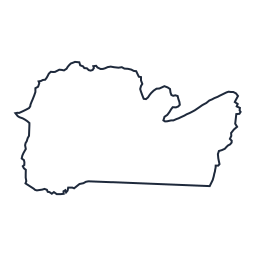 outline of São Luiz do Norte, Goiás, Brazil
{"feature_id": "56859067B41949017144878", "entity_name": "São Luiz do Norte", "entity_type": "district", "adm_level": 2, "iso_a3": "BRA", "parent_name": "Brazil", "parent_adm1": "Goiás", "projection": "mercator", "projection_center": [-49.272, -14.909], "detail": "fine", "context": "isolated", "style": "outline", "palette": "slate", "viewbox_px": 256, "rotation_deg": 0, "n_neighbors": 0, "source": "geoboundaries", "source_scale": "gbopen_adm2", "svg_char_len": 2500}
<svg xmlns="http://www.w3.org/2000/svg" viewBox="0 0 256 256"><path d="M209.7,186.1L212.7,180.0L213.7,176.5L214.3,173.6L214.9,171.6L215.2,169.5L215.6,167.7L215.7,165.6L218.3,165.6L219.5,164.1L218.7,160.4L218.3,158.3L217.9,154.1L218.9,151.0L221.9,150.1L224.8,148.8L226.6,146.8L228.1,145.4L230.1,144.4L231.6,142.6L231.7,140.7L229.9,138.9L231.3,135.9L231.1,133.0L233.9,129.5L237.1,126.8L235.2,123.7L235.7,119.4L236.3,114.1L239.4,113.8L240.6,111.9L239.6,110.4L239.9,107.9L236.7,106.4L237.7,104.0L234.8,102.0L235.7,100.2L238.0,96.0L236.0,93.4L233.3,92.0L230.9,92.0L228.6,91.7L226.5,92.4L219.5,95.8L217.7,96.8L214.4,98.1L212.0,99.4L209.3,100.5L206.3,103.0L204.0,104.2L202.2,105.2L199.5,107.1L194.8,110.3L192.6,111.5L189.7,113.0L186.6,114.3L184.4,115.6L181.1,117.1L178.6,118.3L176.6,119.0L173.4,120.4L171.1,120.4L167.1,121.3L165.0,121.4L163.4,120.4L164.5,116.8L167.3,114.9L169.4,112.1L171.1,109.3L172.7,107.2L175.9,107.4L178.2,106.5L179.8,104.8L179.4,102.0L178.4,99.1L177.6,96.0L175.3,95.3L173.2,95.8L171.4,95.0L170.5,92.5L170.0,89.0L167.6,87.4L164.4,86.2L159.4,88.5L156.5,88.7L153.7,90.6L151.2,93.0L149.8,94.7L148.0,97.4L146.0,99.1L143.7,98.8L142.2,95.0L140.9,91.4L140.2,89.0L141.0,86.0L142.3,83.9L141.0,80.4L141.0,77.1L138.8,76.7L136.2,71.2L133.7,70.9L131.3,69.6L127.9,68.8L124.4,68.6L121.8,67.2L118.5,67.7L114.0,67.2L110.7,66.6L107.7,67.1L105.0,68.3L103.0,68.9L100.6,69.0L97.5,67.5L96.1,65.8L93.3,66.2L93.9,68.0L92.6,70.0L90.6,70.6L88.7,70.1L86.9,68.3L84.3,68.1L83.1,66.4L80.2,65.3L79.3,62.3L75.0,61.9L73.3,62.6L70.8,63.5L68.9,65.4L67.6,67.0L66.6,68.7L64.0,70.4L61.6,69.9L59.3,69.7L55.0,71.9L53.1,72.0L50.8,71.8L48.8,73.7L47.7,75.9L46.7,77.7L45.2,79.7L42.8,80.0L40.9,81.0L38.6,81.4L39.3,83.1L38.1,86.7L35.4,88.2L35.4,92.0L34.2,95.5L32.6,99.5L31.5,102.0L30.5,104.6L30.2,106.4L29.0,108.1L25.8,109.8L22.5,111.4L19.2,112.9L17.3,112.8L15.4,113.2L17.7,116.1L19.4,117.2L22.6,118.3L25.1,119.7L27.3,121.2L29.4,123.0L29.4,125.2L29.0,135.8L27.7,138.1L26.7,141.3L25.6,143.0L25.1,145.2L25.8,149.0L24.7,150.9L23.4,153.2L22.3,155.7L21.7,158.5L23.9,160.1L24.4,162.2L24.3,165.0L22.8,166.2L23.9,168.3L25.8,169.8L25.7,174.3L25.7,177.7L26.3,181.1L25.5,183.4L33.6,188.6L35.1,189.9L36.9,190.4L38.9,190.1L42.3,189.6L44.5,188.9L46.9,189.8L47.7,191.8L49.5,192.1L51.8,193.7L53.9,192.1L56.7,194.1L61.0,194.1L63.7,193.8L63.5,191.3L65.3,190.2L66.1,192.4L67.6,190.6L68.2,187.6L72.3,187.6L74.1,188.3L79.5,184.0L83.4,183.2L85.9,181.8L88.4,181.3L111.1,182.2L113.0,182.2L209.7,186.1Z" fill="none" stroke="#1e293b" stroke-width="2"/></svg>